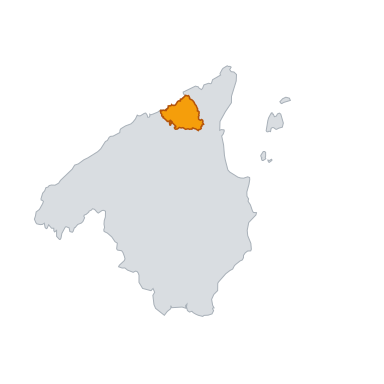 Huesca on a map of Spain (Equal Earth projection), rotated 317°
{"feature_id": "ESP-5825", "entity_name": "Huesca", "entity_type": "Autonomous Community", "adm_level": 1, "iso_a3": "ESP", "parent_name": "Spain", "parent_adm1": "", "projection": "equal_earth", "projection_center": [-0.025, 42.135], "detail": "fine", "context": "in_parent", "style": "filled", "palette": "amber", "viewbox_px": 384, "rotation_deg": 317, "n_neighbors": 0, "source": "natural_earth", "source_scale": "10m", "svg_char_len": 7384}
<svg xmlns="http://www.w3.org/2000/svg" viewBox="0 0 384 384"><g transform="rotate(317 192 192)"><path d="M204.4,98.4L204.5,99.3L206.0,101.0L210.8,102.0L212.0,102.7L211.7,105.1L210.6,107.1L211.6,108.0L212.7,107.9L214.2,106.3L214.4,107.4L216.6,108.4L221.4,110.2L224.8,110.5L228.3,114.1L234.0,113.4L239.1,117.0L243.9,116.2L245.0,116.9L252.4,117.0L252.8,114.1L253.7,112.9L266.7,116.9L268.3,119.4L268.0,120.6L268.7,123.5L270.4,123.4L273.8,121.8L278.3,123.8L279.5,125.6L280.4,125.7L283.7,123.9L292.7,126.0L293.0,124.7L293.7,124.3L297.4,123.0L299.0,122.7L303.8,123.7L304.4,125.3L305.4,125.9L305.8,127.4L303.0,128.2L302.7,130.7L304.5,132.8L304.7,136.4L300.0,141.0L286.2,148.9L281.7,153.6L271.3,156.0L260.6,159.5L254.3,165.8L255.9,166.3L257.8,168.4L257.2,169.4L254.4,170.9L251.9,171.3L247.2,179.1L240.8,187.2L238.4,190.9L233.3,200.3L233.2,203.1L235.7,212.5L237.2,215.0L239.2,217.1L243.1,218.9L244.0,220.7L242.7,222.3L238.8,225.3L232.1,229.4L229.3,232.6L228.7,235.6L226.7,237.0L225.9,241.3L223.2,247.3L223.0,248.9L225.1,251.1L223.1,252.4L212.7,253.0L206.2,257.7L203.0,261.9L200.0,269.7L196.4,274.3L194.8,275.1L192.4,273.1L189.4,272.8L186.4,273.5L184.9,275.1L182.5,276.0L180.1,275.2L175.0,274.8L172.8,274.8L169.2,276.1L166.2,275.3L161.0,274.8L149.9,275.9L148.5,276.4L143.5,281.6L138.1,281.8L133.1,283.9L129.8,289.0L129.1,291.8L128.1,291.1L127.4,291.4L126.9,293.5L123.5,294.8L119.8,293.1L116.7,290.5L115.0,290.3L112.5,286.4L111.4,283.8L110.6,281.1L110.6,279.2L108.3,278.1L107.8,275.6L109.6,272.3L111.9,270.5L109.8,270.7L108.2,272.8L106.3,269.4L98.4,262.9L98.9,260.6L97.5,262.4L96.5,262.8L92.4,262.5L87.7,263.3L86.0,252.3L87.4,248.4L92.9,240.9L96.3,239.9L97.7,236.0L94.7,236.2L90.1,228.8L91.6,221.9L96.5,216.7L97.4,214.6L97.6,212.7L96.8,211.4L94.2,210.6L91.6,205.2L91.1,201.8L89.0,199.9L87.3,196.6L88.9,196.0L95.8,196.0L97.4,195.2L98.7,192.9L100.2,189.2L100.5,187.0L98.0,183.8L97.9,183.1L98.3,182.0L102.5,178.5L101.8,175.8L102.7,170.2L102.4,167.0L102.1,164.3L100.8,160.9L101.7,159.5L103.9,158.3L105.7,155.5L108.3,153.1L111.6,151.2L115.6,147.1L115.0,145.3L113.7,144.2L109.1,143.5L108.8,142.6L108.9,138.2L107.8,136.4L106.1,136.6L103.5,135.8L102.9,136.3L99.6,136.2L97.3,135.4L96.3,136.1L95.9,137.6L92.0,139.2L89.8,139.2L86.3,137.8L82.2,138.3L81.7,137.9L78.2,139.7L77.0,139.8L75.7,137.6L77.7,134.4L76.2,131.4L75.1,131.3L68.6,133.5L64.7,136.4L63.2,136.8L62.7,136.3L62.7,132.1L66.8,127.7L64.3,127.5L64.5,126.2L66.2,124.2L64.6,122.7L64.8,118.2L61.3,119.7L60.4,119.4L60.4,117.7L62.7,114.1L60.5,113.7L58.8,112.4L56.8,109.5L56.9,108.0L58.2,104.4L61.3,102.7L64.4,100.3L68.5,100.7L74.7,98.7L76.9,97.6L76.9,96.1L76.2,95.0L76.9,94.0L82.0,91.0L85.0,90.7L88.1,89.2L90.1,90.2L91.9,89.9L93.9,91.0L96.5,93.6L100.5,94.6L103.7,93.8L119.9,93.6L124.5,92.3L128.0,93.9L134.9,94.7L139.1,96.0L150.5,98.2L154.7,98.2L163.1,96.0L165.3,96.6L168.7,95.5L170.3,95.7L172.4,97.3L179.7,99.3L181.6,97.6L183.1,97.2L188.4,98.3L193.7,100.5L196.5,100.6L200.5,100.0L204.4,98.4ZM303.6,193.1L305.5,194.0L307.6,193.2L308.7,193.5L309.7,193.9L310.0,195.6L305.8,203.9L302.3,206.2L298.8,204.4L296.7,203.9L296.1,203.3L295.6,200.6L294.7,199.7L293.3,199.4L290.6,201.4L289.8,200.0L288.5,199.8L287.9,198.9L288.0,197.8L296.3,191.4L298.7,190.0L303.8,188.3L304.6,188.6L303.9,189.6L304.6,190.5L303.6,193.1ZM327.2,189.8L326.4,192.1L320.1,189.0L318.1,188.6L317.6,188.2L317.8,185.9L321.9,185.6L325.3,186.7L327.2,189.8ZM269.3,216.4L268.6,218.0L265.5,217.5L264.8,216.8L265.5,214.9L266.4,214.7L266.4,213.4L267.3,212.1L271.7,211.0L272.7,211.9L272.9,213.2L270.3,216.0L269.3,216.4ZM272.4,223.0L271.9,223.4L268.6,223.0L268.5,222.0L269.2,220.4L270.4,221.9L272.4,222.2L272.4,223.0Z" fill="#d9dde1" stroke="#a8b0b8" stroke-width="1"/><path d="M225.1,111.0L225.2,111.4L225.1,111.5L225.2,111.9L225.4,112.1L225.6,112.1L225.8,112.1L226.0,112.1L226.7,112.5L227.0,112.8L227.8,113.8L227.8,114.0L228.2,114.2L228.3,114.2L228.4,114.4L228.4,114.5L228.6,114.8L228.8,114.8L229.1,114.6L229.3,114.5L229.3,113.9L229.8,113.9L230.9,114.4L231.5,114.3L232.0,114.1L232.9,113.3L233.1,113.5L233.3,113.4L233.5,113.0L233.8,113.3L235.0,114.0L235.2,114.5L235.8,114.5L236.3,114.4L236.7,114.2L236.7,114.7L236.8,115.1L237.0,115.5L237.3,115.8L237.5,115.9L237.5,116.1L237.7,116.3L238.0,116.4L238.1,116.5L238.3,116.8L239.1,117.1L239.8,117.0L241.4,116.5L242.6,116.3L242.9,116.0L243.3,116.0L244.3,116.3L244.6,116.4L245.1,117.1L245.4,117.5L245.7,117.5L246.2,116.7L246.6,116.4L246.9,116.2L247.5,116.7L247.5,116.8L247.5,117.0L248.0,117.1L248.4,117.1L249.2,116.9L249.5,117.1L252.0,117.0L252.7,117.1L252.9,117.0L253.1,116.8L253.3,117.0L253.7,117.7L254.0,118.4L254.1,118.6L254.3,118.8L254.5,118.8L254.9,118.9L255.1,119.0L255.1,119.4L255.1,119.6L255.1,119.9L255.0,120.1L255.0,120.3L254.9,120.5L254.7,120.9L254.6,121.0L254.4,121.4L254.5,121.6L254.4,121.8L254.2,122.0L253.9,122.1L253.9,122.3L253.9,122.5L254.0,122.7L254.0,122.9L254.1,123.2L254.1,123.4L254.2,123.5L254.3,123.5L254.5,123.8L254.6,124.1L254.8,124.7L254.9,125.8L254.9,126.3L254.8,126.6L254.7,126.9L254.8,127.0L254.8,127.4L254.7,127.8L254.7,128.0L254.5,128.5L254.4,128.8L254.2,129.0L254.1,129.8L254.0,130.0L253.9,130.5L254.0,130.7L254.0,130.9L254.0,131.2L253.9,131.8L253.8,132.0L253.7,132.3L253.6,132.5L253.2,133.6L253.0,134.2L253.0,134.4L253.0,134.6L252.9,134.8L252.8,135.0L252.7,135.1L252.4,135.3L252.1,135.7L252.0,135.8L251.9,135.9L251.7,135.9L251.6,136.0L251.4,136.2L251.3,136.3L251.2,136.5L251.5,136.9L251.7,137.0L251.8,137.1L251.8,137.3L251.8,138.2L251.8,138.4L251.6,138.5L251.3,138.7L251.1,138.9L250.9,139.2L250.7,139.4L250.6,139.5L250.2,139.6L249.9,139.8L249.6,140.3L249.4,140.7L249.2,141.0L248.3,141.2L248.2,141.3L247.9,141.4L247.8,141.6L247.8,141.8L247.6,141.9L247.5,142.0L247.2,142.5L246.8,142.9L246.5,143.3L246.5,143.5L246.8,144.4L246.9,145.0L247.0,145.3L247.8,145.5L248.0,145.4L248.2,145.5L248.4,145.5L248.5,145.8L248.5,146.0L248.6,146.4L248.7,146.5L248.7,146.8L248.6,147.1L248.2,147.5L248.0,147.9L248.0,148.0L247.9,148.1L247.7,148.2L247.1,148.4L246.9,148.6L246.9,149.2L246.9,149.7L246.7,150.4L244.7,149.8L244.3,150.5L243.6,150.7L243.2,150.4L242.5,150.9L242.0,151.9L240.3,151.6L240.2,151.6L239.9,151.2L239.6,151.0L239.2,151.0L238.5,151.3L237.8,148.6L237.6,148.0L236.9,147.2L236.6,146.2L236.4,145.8L236.2,145.6L235.7,145.5L235.1,146.0L234.7,145.9L233.6,144.8L233.0,144.5L232.9,144.4L232.4,143.3L232.3,143.1L230.1,141.8L230.0,141.6L229.9,141.3L229.4,139.1L229.2,138.7L228.8,138.4L227.8,137.8L226.9,136.3L226.6,136.1L224.4,136.0L222.9,135.0L222.7,134.6L222.6,134.2L222.8,133.3L223.0,133.0L223.1,132.9L223.4,132.7L223.6,132.8L223.9,132.9L224.2,133.4L224.3,133.4L224.6,133.3L224.8,133.0L225.0,132.6L225.0,132.3L224.8,128.2L225.0,127.8L225.3,127.3L225.3,127.1L225.3,126.9L225.2,126.0L225.2,125.1L225.1,124.9L225.0,124.7L224.9,124.7L224.4,124.7L224.3,124.8L224.5,125.7L224.5,125.9L223.9,127.5L223.7,127.7L223.5,127.8L223.4,127.7L223.1,127.5L222.9,127.5L222.7,127.5L222.4,127.8L222.3,128.2L222.1,128.4L221.9,128.4L221.7,128.3L221.5,128.1L221.5,127.8L223.2,125.3L223.3,125.0L223.3,124.8L223.1,124.3L222.0,123.6L222.0,123.4L222.2,123.0L222.2,122.8L222.2,122.6L222.1,122.0L221.9,118.9L221.5,118.1L221.5,117.9L221.7,117.7L222.1,117.6L222.3,117.5L222.4,117.2L221.8,116.5L221.8,116.3L221.9,115.6L222.1,115.3L222.2,115.2L222.5,115.0L222.7,114.9L222.9,114.4L223.0,113.7L223.0,113.3L223.0,113.0L223.1,112.8L223.7,112.1L223.7,111.8L223.8,111.6L223.9,111.4L224.6,111.0L225.1,111.0L225.1,111.0Z" fill="#f59e0b" stroke="#b45309" stroke-width="1.5"/></g></svg>